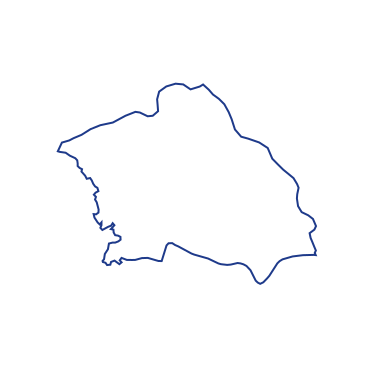 outline of Yonsa, Hamgyŏng-bukto, North Korea, rotated 295°
{"feature_id": "82179303B76324542059269", "entity_name": "Yonsa", "entity_type": "district", "adm_level": 2, "iso_a3": "PRK", "parent_name": "North Korea", "parent_adm1": "Hamgyŏng-bukto", "projection": "orthographic", "projection_center": [129.014, 41.829], "detail": "fine", "context": "isolated", "style": "outline", "palette": "blue", "viewbox_px": 384, "rotation_deg": 295, "n_neighbors": 0, "source": "geoboundaries", "source_scale": "gbopen_adm2", "svg_char_len": 2012}
<svg xmlns="http://www.w3.org/2000/svg" viewBox="0 0 384 384"><g transform="rotate(295 192 192)"><path d="M294.1,156.6L290.9,154.5L284.4,147.3L285.8,138.6L283.2,131.3L276.8,124.1L269.1,119.8L261.3,121.2L256.1,124.2L250.9,127.1L244.5,124.2L241.9,119.8L242.0,111.1L240.7,106.8L233.0,99.5L221.5,90.9L213.8,80.7L206.1,73.5L197.1,67.7L190.7,61.9L186.9,59.0L181.8,53.2L177.9,53.2L172.2,53.2L172.5,55.3L174.2,60.9L173.3,66.0L173.3,71.9L172.2,74.6L169.6,76.3L167.2,77.4L166.3,80.0L166.2,82.7L163.8,83.2L161.6,88.3L159.5,91.0L161.6,93.8L160.1,96.3L157.7,99.0L156.1,101.8L155.8,104.5L153.2,106.8L150.7,104.9L148.1,104.2L147.0,107.0L144.2,107.3L142.4,110.0L136.6,114.8L133.8,115.9L131.2,114.5L130.4,112.2L127.6,114.4L124.5,119.4L123.6,122.1L126.2,122.8L123.6,124.0L120.8,124.1L119.7,126.8L125.0,130.7L127.3,132.9L130.2,133.3L129.1,135.7L124.1,134.2L124.7,136.7L122.2,138.1L120.4,140.6L121.2,143.4L121.1,146.1L118.6,147.4L116.1,146.1L113.7,143.8L112.5,141.3L110.2,138.5L104.6,140.0L99.0,139.2L93.9,140.7L91.7,140.1L90.9,140.8L91.0,141.4L91.3,143.5L89.9,145.9L91.6,148.7L94.4,148.2L97.1,150.8L95.9,156.7L98.5,157.9L99.5,155.4L102.5,156.0L102.9,161.6L105.1,166.5L106.5,169.3L110.9,174.5L113.6,179.8L115.3,190.8L116.6,193.7L132.8,191.5L135.6,192.4L137.3,195.7L136.8,199.1L136.9,202.5L136.0,217.5L136.2,220.4L138.5,234.7L138.4,246.1L138.8,248.7L140.8,254.7L142.6,257.8L146.9,263.3L147.8,266.2L148.2,269.2L148.0,272.6L145.8,278.1L138.6,287.2L137.7,289.9L137.6,292.6L140.3,294.8L145.5,296.6L148.7,297.5L163.4,299.5L166.3,300.6L169.2,302.5L176.1,310.4L181.6,319.2L186.5,329.0L187.1,330.8L188.7,329.0L191.3,329.0L193.9,326.1L197.9,321.8L200.5,318.9L204.4,316.0L209.6,318.8L213.5,318.8L218.7,313.0L220.0,307.2L220.1,299.9L224.0,294.1L230.5,289.8L234.5,288.3L240.9,286.8L243.6,283.9L247.5,278.1L250.8,265.2L253.4,257.9L256.1,250.7L263.9,242.0L265.3,231.9L264.1,220.4L262.9,213.2L266.8,204.5L274.7,197.2L279.9,191.5L285.2,184.2L287.8,177.0L289.2,169.8L291.8,164.0L294.1,156.6Z" fill="none" stroke="#1e3a8a" stroke-width="2"/></g></svg>